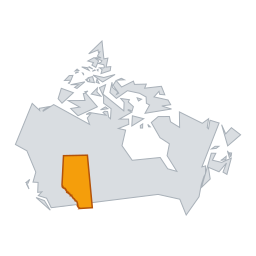 where Alberta sits in Canada
{"feature_id": "CAN-632", "entity_name": "Alberta", "entity_type": "Province", "adm_level": 1, "iso_a3": "CAN", "parent_name": "Canada", "parent_adm1": "", "projection": "orthographic", "projection_center": [-116.491, 54.496], "detail": "fine", "context": "in_parent", "style": "filled", "palette": "amber", "viewbox_px": 256, "rotation_deg": 0, "n_neighbors": 0, "source": "natural_earth", "source_scale": "10m", "svg_char_len": 5553}
<svg xmlns="http://www.w3.org/2000/svg" viewBox="0 0 256 256"><path d="M35.8,172.1L26.9,150.8L15.4,144.5L32.2,103.4L39.7,110.5L39.3,108.3L50.8,106.3L44.7,109.0L43.0,110.6L43.2,111.2L53.7,104.6L89.6,124.4L87.3,118.0L90.6,113.9L86.1,114.4L89.6,112.5L106.1,115.2L103.0,112.4L104.8,111.2L107.6,111.6L108.7,117.2L110.5,118.8L111.1,108.7L103.6,103.2L103.6,94.6L123.8,110.9L124.1,102.4L120.7,98.5L129.4,99.7L128.3,102.0L133.4,106.6L132.1,111.1L128.8,109.6L128.2,109.6L128.1,110.3L131.7,112.2L119.4,119.1L128.6,119.1L128.8,124.3L118.4,128.5L125.6,130.1L122.0,145.7L132.2,160.3L160.2,157.5L167.7,168.8L176.9,171.4L167.1,155.7L169.4,143.8L160.0,137.7L151.3,122.5L158.2,116.6L169.4,116.5L170.5,121.8L179.6,127.4L179.4,111.9L202.3,123.3L208.6,118.7L207.2,127.6L208.5,128.8L210.0,120.2L219.1,123.0L201.9,166.9L205.6,165.9L205.5,173.8L203.9,176.5L201.3,184.5L199.0,196.8L186.2,215.0L179.8,199.2L158.1,194.4L51.2,207.7L46.6,198.2L38.3,195.6L41.9,191.8L37.7,192.4L38.1,182.4L33.0,182.1L35.8,172.1ZM116.5,94.4L118.8,93.2L113.1,85.2L116.1,80.5L121.6,87.0L133.4,81.1L134.5,84.4L146.3,84.1L144.6,88.2L161.4,86.3L164.8,94.8L159.7,94.4L159.0,91.3L154.0,96.9L168.0,100.0L170.7,104.7L161.8,106.0L171.5,109.0L145.0,113.3L149.6,105.0L146.4,103.3L146.1,97.0L139.6,93.3L127.4,90.7L116.4,98.4L109.9,92.5L112.0,82.2L112.4,87.3L117.8,92.0L116.5,94.4ZM88.7,53.8L102.0,41.0L103.9,58.9L107.9,58.1L106.1,67.1L110.8,66.6L110.2,70.6L101.0,73.6L102.1,69.7L99.6,67.8L103.8,67.9L104.4,67.2L103.8,64.7L98.4,63.5L101.2,62.1L101.9,60.7L95.2,57.7L101.1,57.8L97.4,56.2L99.7,51.9L98.4,52.4L98.0,50.0L88.7,53.8ZM68.1,100.6L85.0,100.5L83.3,93.6L85.7,93.1L97.4,106.8L78.0,115.7L70.7,108.5L79.7,107.1L68.1,100.6ZM219.0,171.8L208.4,167.3L210.2,179.0L201.5,187.4L211.3,153.2L215.8,153.3L212.4,160.2L221.7,162.4L231.3,158.1L226.9,174.4L223.0,172.1L226.5,163.0L219.0,171.8ZM61.3,88.3L73.4,92.7L62.0,103.2L58.1,98.7L61.3,88.3ZM87.8,61.0L94.1,57.6L98.6,60.8L95.8,67.4L91.9,65.1L93.5,62.6L87.8,61.0ZM93.0,75.1L103.9,77.5L115.1,74.5L102.6,82.0L93.0,75.1ZM70.5,84.7L84.9,81.8L77.0,88.4L74.6,87.4L78.6,84.7L70.5,84.7ZM221.6,124.7L225.7,133.9L231.4,127.7L240.6,134.8L227.7,145.9L221.6,124.7ZM91.3,94.1L97.4,87.9L96.9,91.9L101.0,96.2L91.3,94.1ZM131.8,126.0L132.4,115.8L143.7,118.7L131.8,126.0ZM99.4,87.7L105.6,84.7L102.7,94.7L99.4,87.7ZM72.9,75.4L71.0,80.2L64.5,80.5L69.2,75.6L72.9,75.4ZM92.6,76.6L94.4,82.7L88.1,81.7L89.9,80.4L88.2,77.7L92.6,76.6ZM81.7,66.9L87.1,67.6L89.1,70.4L81.7,66.9ZM36.1,197.5L44.4,200.6L50.3,210.2L36.1,197.5ZM116.9,80.2L121.4,78.3L124.4,79.8L116.9,80.2ZM100.5,109.8L105.4,106.9L107.9,108.7L100.5,109.8ZM97.0,79.2L99.1,83.3L96.1,82.3L97.0,79.2ZM89.4,66.8L92.8,69.0L88.6,67.1L89.4,66.8ZM137.1,97.8L141.5,99.2L138.5,101.0L137.1,97.8ZM76.1,72.4L78.7,72.0L75.1,73.3L76.1,72.4ZM87.9,91.0L86.0,92.6L84.8,91.8L87.9,91.0ZM227.4,150.8L230.5,155.8L229.7,152.8L231.6,153.0L231.1,156.2L229.3,157.5L227.4,150.8ZM77.1,69.1L78.8,70.6L75.0,71.0L77.1,69.1ZM218.9,146.3L216.2,148.4L211.5,148.9L215.1,146.3L218.9,146.3ZM142.7,123.9L142.6,128.0L140.4,128.0L140.3,125.5L142.7,123.9ZM25.9,182.6L29.7,179.4L27.9,183.3L25.9,182.6ZM92.3,71.3L94.6,69.9L95.2,70.2L92.3,71.3ZM87.4,78.6L87.3,81.1L85.7,79.8L87.4,78.6ZM220.7,160.4L222.5,159.3L226.2,156.3L225.9,159.6L220.7,160.4ZM147.8,124.4L150.2,126.8L148.7,126.8L147.8,124.4ZM70.7,81.0L69.1,83.5L68.4,83.1L70.7,81.0ZM98.1,69.4L97.9,70.8L97.2,69.9L98.1,69.4ZM83.3,73.3L83.8,75.2L82.5,73.0L83.3,73.3ZM26.3,183.6L27.6,185.1L29.0,189.0L26.3,183.6Z" fill="#d9dde1" stroke="#a8b0b8" stroke-width="1"/><path d="M92.3,207.7L79.5,208.5L79.6,208.4L79.6,208.2L79.4,208.2L79.2,208.0L79.2,207.9L79.0,207.6L78.8,207.6L78.7,207.6L78.5,207.4L78.4,207.3L78.3,207.2L78.2,207.1L78.2,206.9L77.9,206.7L77.8,206.4L77.9,206.1L77.9,205.9L77.7,205.9L77.4,205.8L77.3,205.7L77.5,205.5L77.5,205.4L77.6,205.2L77.6,204.9L77.7,204.7L77.5,204.4L77.5,204.2L77.5,203.9L77.5,203.7L77.5,203.4L77.4,203.3L77.3,203.2L77.3,202.8L77.2,202.7L77.2,202.4L77.1,202.2L77.0,201.9L76.9,201.8L76.8,201.7L76.7,201.4L76.5,201.2L76.4,201.1L76.1,201.0L75.9,201.1L75.7,201.0L75.6,200.9L75.5,200.7L75.5,200.4L75.4,200.3L75.2,200.4L75.2,200.2L74.9,200.1L74.7,199.9L74.5,199.7L74.6,199.4L74.5,199.2L74.4,199.1L74.3,198.9L74.2,198.9L74.1,198.7L73.9,198.6L73.7,198.6L73.4,198.5L73.4,198.4L73.3,198.1L73.2,197.9L72.9,197.8L72.9,197.7L72.7,197.6L72.5,197.4L72.5,197.2L72.5,196.9L72.4,196.8L72.3,196.7L72.2,196.7L72.1,196.4L71.9,196.3L71.9,196.1L71.7,196.0L71.6,195.9L71.6,195.7L71.4,195.4L71.4,195.2L71.2,195.2L71.0,195.4L70.9,195.5L71.0,195.5L70.9,195.6L70.7,195.7L70.5,195.4L70.4,195.2L70.3,194.9L70.3,194.7L70.2,194.7L70.1,194.4L69.8,194.3L69.7,194.1L69.6,193.9L69.5,193.7L69.5,193.4L69.4,193.4L69.4,193.5L69.2,193.6L68.9,193.5L68.7,193.6L68.5,193.4L68.4,193.4L68.2,193.3L68.1,193.2L68.0,192.9L68.2,192.7L68.3,192.5L68.3,192.4L68.2,192.3L68.1,192.2L67.8,192.2L67.7,192.1L67.6,191.9L67.4,191.9L67.4,192.0L67.3,192.3L67.2,192.3L66.9,192.4L66.7,192.2L66.8,192.0L66.9,191.9L66.7,191.8L66.7,191.7L66.6,191.4L66.5,191.2L66.6,190.9L66.5,190.7L66.4,190.5L66.3,190.4L66.3,190.2L66.2,190.1L66.1,189.9L65.9,189.9L65.7,189.9L65.7,189.7L65.6,189.4L65.6,189.2L65.4,189.1L65.4,188.9L65.3,188.7L65.1,188.5L65.0,188.4L64.9,188.3L64.8,188.2L64.7,188.2L64.7,188.3L64.6,188.5L64.4,188.6L64.2,188.4L63.9,188.3L63.8,188.2L63.7,187.9L63.6,187.7L63.4,187.5L63.2,187.5L63.0,187.4L63.0,187.5L62.9,187.6L62.7,187.4L62.6,187.2L62.4,186.9L62.2,186.8L62.2,186.7L62.2,186.4L62.5,186.3L62.7,186.2L62.5,185.8L62.4,185.8L62.2,185.8L62.2,185.7L62.1,185.4L62.0,185.1L63.5,155.7L87.4,155.2L92.3,207.7Z" fill="#f59e0b" stroke="#b45309" stroke-width="1.5"/></svg>